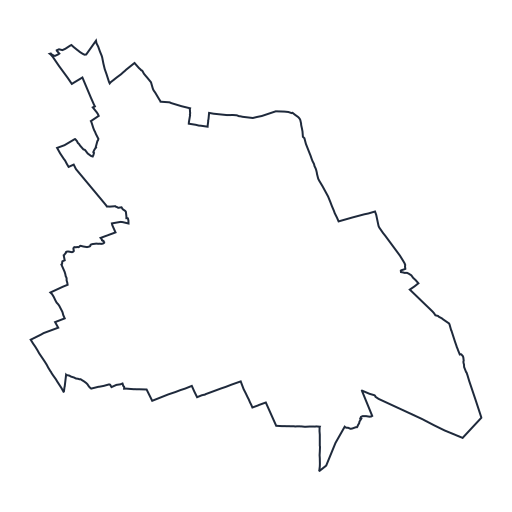 outline of Sipote, Iasi, Romania
{"feature_id": "2599482B43206903693326", "entity_name": "Sipote", "entity_type": "district", "adm_level": 2, "iso_a3": "ROU", "parent_name": "Romania", "parent_adm1": "Iasi", "projection": "equal_earth", "projection_center": [27.182, 47.479], "detail": "fine", "context": "isolated", "style": "outline", "palette": "slate", "viewbox_px": 512, "rotation_deg": 0, "n_neighbors": 0, "source": "geoboundaries", "source_scale": "gbopen_adm2", "svg_char_len": 5860}
<svg xmlns="http://www.w3.org/2000/svg" viewBox="0 0 512 512"><path d="M304.4,138.2L302.9,136.8L302.5,131.5L301.9,128.3L301.4,126.1L301.1,124.5L301.1,123.6L300.3,120.1L299.8,119.0L298.9,117.8L298.1,117.0L294.9,114.7L292.5,112.8L291.6,113.1L288.4,112.0L284.5,111.6L275.8,111.3L261.8,116.0L256.9,117.0L252.8,118.0L242.6,116.8L240.4,116.3L239.0,116.2L236.8,115.3L232.9,115.0L227.1,115.1L213.5,113.7L209.1,112.9L208.5,119.1L208.1,120.9L208.2,121.4L207.7,125.2L207.6,126.7L200.8,125.7L198.9,125.6L195.8,124.8L188.8,123.7L188.9,122.1L190.1,115.1L189.9,114.6L190.2,112.9L190.0,112.1L190.0,110.7L189.8,109.4L190.1,108.3L181.5,106.2L171.6,103.2L170.2,102.7L169.9,102.4L169.2,102.3L160.5,101.7L160.1,100.7L159.3,99.5L155.2,92.6L153.9,90.8L153.2,89.6L152.7,88.2L151.0,82.3L147.2,77.6L145.8,76.0L143.9,73.7L142.5,71.1L141.9,70.5L141.1,70.2L140.7,69.6L139.0,68.1L134.5,63.0L126.0,69.8L125.0,70.8L123.2,72.3L121.0,74.3L116.8,77.4L110.7,82.2L109.7,83.4L109.0,81.9L106.5,74.1L104.7,69.0L103.4,63.6L102.2,57.5L101.7,55.8L99.9,51.4L98.2,46.6L96.6,43.5L96.4,42.8L96.0,40.7L86.2,54.5L84.5,54.7L82.7,53.8L81.1,52.8L79.6,51.8L78.3,50.7L77.7,50.3L73.6,47.0L71.4,45.0L69.9,45.8L65.3,48.8L62.4,50.1L59.0,49.3L56.7,50.3L56.7,50.5L56.8,50.7L59.3,53.6L58.0,54.5L54.9,55.9L54.0,55.7L51.6,54.4L50.8,53.5L49.8,53.8L50.6,54.4L51.7,55.6L52.8,56.9L59.0,66.0L67.8,78.0L71.8,83.9L82.4,77.5L90.9,97.7L94.0,104.7L94.9,106.4L92.8,107.4L96.8,112.4L97.9,114.1L98.7,115.9L90.9,121.1L91.2,121.6L91.9,123.6L93.3,128.0L94.2,130.3L94.8,131.4L94.9,131.5L95.9,134.0L98.4,138.9L97.9,140.5L97.4,141.0L95.7,147.3L96.0,147.6L95.2,148.5L94.4,149.7L93.3,152.1L94.0,152.9L93.3,155.3L92.7,156.5L91.1,156.0L87.7,153.5L85.2,150.2L84.7,149.8L83.4,149.4L79.9,145.4L79.2,144.2L77.8,142.9L77.0,141.2L75.2,139.1L74.8,139.1L64.5,145.2L57.1,147.9L60.1,153.3L64.0,159.2L64.7,160.0L65.5,161.3L66.6,163.5L68.6,166.9L73.7,164.6L75.8,168.8L76.2,169.4L103.2,201.8L106.4,205.7L106.8,206.5L110.1,206.6L115.3,206.2L116.0,206.8L116.9,207.0L117.6,207.5L118.3,207.8L121.5,207.3L122.7,209.2L125.2,210.9L125.7,211.5L125.9,212.0L126.4,216.4L126.4,218.2L127.7,218.2L127.9,218.4L128.4,220.4L128.5,223.0L128.5,223.5L122.6,222.1L120.5,221.9L111.9,223.4L112.3,225.2L115.5,232.4L100.6,237.9L101.8,239.4L102.0,239.9L102.0,240.3L102.5,240.7L103.4,240.8L103.6,241.5L104.2,242.2L104.2,242.7L104.0,242.9L102.9,243.6L101.4,243.9L99.7,243.7L98.2,243.8L96.4,243.6L92.3,244.1L90.7,244.7L90.5,245.0L90.2,246.0L89.9,246.3L88.8,246.7L87.0,247.1L83.3,246.5L80.5,245.8L80.0,246.0L79.2,246.8L78.4,247.2L77.4,247.0L75.7,247.3L74.9,247.1L74.4,247.1L74.0,247.4L73.4,248.3L73.6,249.3L73.5,249.6L73.8,250.7L73.7,251.2L73.0,251.8L72.3,252.1L71.4,252.1L68.5,251.5L67.6,251.5L66.6,251.7L66.0,252.1L66.0,252.5L65.6,253.0L65.6,253.3L64.7,254.2L64.2,255.0L63.7,255.3L64.7,260.3L62.4,261.3L62.2,262.1L62.1,263.7L62.0,264.0L61.4,264.5L64.6,271.8L65.3,274.1L65.7,276.2L66.4,277.6L66.6,278.4L66.6,280.4L67.3,282.8L67.6,284.8L62.9,286.7L50.4,292.5L52.1,294.2L53.8,297.0L55.3,300.2L56.6,302.6L58.1,304.2L59.2,305.7L62.3,311.7L62.7,312.9L63.2,314.9L64.7,318.4L55.1,322.1L58.2,327.7L43.6,333.1L41.2,334.5L30.7,339.7L33.1,343.6L35.2,346.6L37.3,350.0L39.2,353.4L43.0,359.0L45.0,362.0L46.8,364.9L48.2,367.6L50.4,371.2L51.1,372.1L51.5,373.0L53.1,375.4L55.9,379.3L57.2,381.5L61.3,387.8L63.5,391.7L63.9,391.5L64.5,387.1L64.7,386.5L66.1,374.7L66.3,374.9L66.8,375.1L69.3,375.6L71.0,376.6L74.0,377.5L75.9,378.5L78.1,378.8L79.5,379.3L80.5,379.2L80.9,379.4L81.9,380.1L83.9,381.3L86.2,383.0L87.5,384.3L88.5,385.9L89.7,387.4L91.2,388.6L98.4,386.8L99.5,386.7L103.7,385.9L109.1,384.4L110.1,384.7L111.5,387.1L116.4,384.9L120.5,384.3L122.5,383.5L122.8,384.3L123.2,385.9L124.0,386.6L124.2,387.1L124.1,388.7L126.1,388.6L133.5,389.2L140.4,389.3L146.6,389.5L152.2,400.8L168.3,394.4L175.5,392.0L180.4,390.1L185.1,388.6L191.8,385.9L194.2,391.3L197.1,397.2L201.7,395.3L203.8,394.8L204.8,394.7L205.5,394.2L221.2,388.4L225.7,386.9L231.6,384.6L240.7,381.4L243.6,389.1L245.7,393.2L247.7,397.4L248.7,399.3L250.1,402.6L251.1,404.5L252.4,407.5L257.9,405.5L258.9,405.0L265.8,402.5L276.2,425.8L281.4,426.1L294.1,426.3L295.2,426.5L297.3,426.3L301.3,426.4L305.0,426.8L310.1,426.5L313.4,426.5L315.0,426.6L316.2,426.4L319.8,426.7L319.6,427.2L319.5,431.1L319.8,434.7L319.8,442.9L319.8,445.7L320.0,446.9L319.8,451.9L319.6,455.2L319.8,458.2L319.9,463.8L319.8,466.5L319.3,470.6L319.0,471.3L326.2,465.6L335.5,442.9L344.7,426.7L345.4,427.3L346.3,427.7L348.2,427.8L350.0,428.6L350.7,428.8L352.3,428.5L355.9,427.2L357.0,427.2L357.4,426.6L358.0,425.1L359.1,423.3L359.5,421.5L361.2,418.8L360.3,418.5L361.0,416.9L362.7,416.1L365.9,416.1L369.5,416.7L371.2,416.5L372.2,415.9L361.9,390.7L362.0,390.6L369.5,393.8L374.3,395.2L374.8,395.5L375.2,396.0L375.5,396.8L378.6,398.9L421.8,418.9L434.1,425.3L444.7,430.5L462.6,437.9L481.3,417.8L481.3,417.4L475.8,400.6L469.2,381.0L467.5,375.3L466.5,372.4L466.1,372.1L464.1,367.0L464.0,364.6L463.5,362.8L463.4,361.7L463.7,360.6L463.3,357.4L462.9,356.2L461.5,354.6L460.9,354.2L459.8,354.5L458.0,350.1L457.6,348.9L456.7,346.8L456.5,346.0L454.9,341.4L451.4,330.5L451.2,330.4L449.6,324.7L449.1,323.5L443.0,319.3L441.8,318.3L438.9,316.8L438.1,316.0L437.8,315.9L435.4,315.3L434.0,313.2L432.6,311.6L409.8,289.6L414.5,286.4L418.4,283.3L415.7,280.2L413.1,277.8L411.3,275.3L408.6,273.6L407.1,272.9L404.4,272.9L403.4,272.5L401.0,272.1L400.8,270.7L401.2,270.3L404.0,269.4L405.3,268.9L405.3,268.3L405.0,266.8L405.2,264.9L404.8,264.1L404.8,263.7L403.3,261.1L399.9,255.6L385.2,235.7L383.1,233.1L379.3,227.6L378.7,226.4L378.4,225.3L376.2,214.8L375.0,211.5L368.3,213.5L364.3,214.3L352.3,217.5L338.6,221.4L337.0,217.7L334.7,213.1L333.9,210.8L331.9,206.1L330.3,201.9L328.1,196.5L322.5,186.2L319.2,180.7L318.2,178.7L317.0,174.0L316.8,172.6L316.3,170.5L315.7,168.6L314.5,166.1L314.0,164.0L312.5,161.1L311.7,159.0L310.5,155.5L309.8,153.8L305.9,143.9L304.4,138.2Z" fill="none" stroke="#1e293b" stroke-width="2"/></svg>